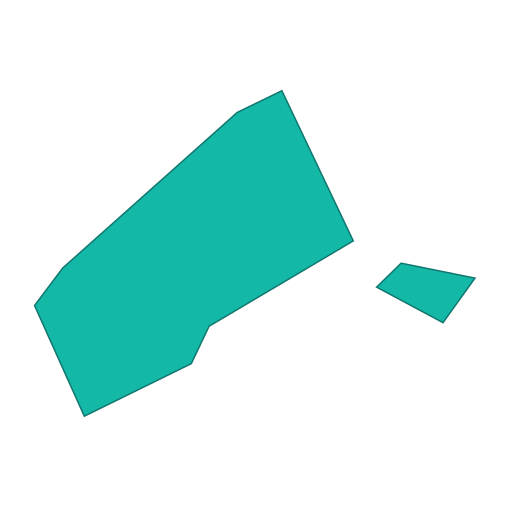 SVG path tracing the border of Paget, rotated 182°
{"feature_id": "BMU-5138", "entity_name": "Paget", "entity_type": "state/province", "adm_level": 1, "iso_a3": "BMU", "parent_name": "Bermuda", "parent_adm1": "", "projection": "natural_earth1", "projection_center": [-64.789, 32.281], "detail": "fine", "context": "isolated", "style": "filled", "palette": "teal", "viewbox_px": 512, "rotation_deg": 182, "n_neighbors": 0, "source": "natural_earth", "source_scale": "10m", "svg_char_len": 336}
<svg xmlns="http://www.w3.org/2000/svg" viewBox="0 0 512 512"><g transform="rotate(182 256 256)"><path d="M159.3,274.5L300.4,184.2L316.9,146.2L422.0,89.9L475.6,198.8L448.7,237.3L279.7,398.9L235.9,422.1L159.3,274.5ZM66.8,195.9L134.4,229.1L110.7,253.9L36.4,241.5L66.8,195.9Z" fill="#14b8a6" stroke="#0f766e" stroke-width="1.5"/></g></svg>